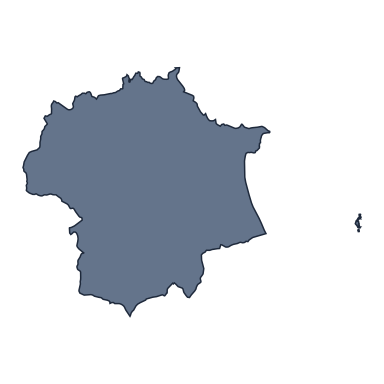 the district of Cam Lam, Khánh Hòa, Vietnam
{"feature_id": "81297802B15274858883665", "entity_name": "Cam Lam", "entity_type": "district", "adm_level": 2, "iso_a3": "VNM", "parent_name": "Vietnam", "parent_adm1": "Khánh Hòa", "projection": "albers", "projection_center": [109.135, 12.074], "detail": "fine", "context": "isolated", "style": "filled", "palette": "slate", "viewbox_px": 384, "rotation_deg": 0, "n_neighbors": 0, "source": "geoboundaries", "source_scale": "gbopen_adm2", "svg_char_len": 5846}
<svg xmlns="http://www.w3.org/2000/svg" viewBox="0 0 384 384"><path d="M269.7,131.4L268.0,130.7L264.7,127.7L262.5,126.6L261.8,126.4L257.5,127.2L252.6,127.7L250.8,128.0L249.4,128.5L248.5,128.5L244.8,127.3L244.0,126.7L243.3,125.6L241.9,124.2L241.5,124.3L239.9,126.9L238.3,127.9L236.5,128.3L235.5,128.4L234.6,128.2L227.4,125.2L226.3,125.0L224.9,125.4L224.6,125.2L224.0,124.2L223.7,124.0L221.7,124.5L220.3,126.2L217.5,124.7L216.4,123.8L216.1,123.3L215.5,119.5L213.6,120.7L212.1,120.9L210.4,120.8L209.5,120.6L207.8,118.7L206.5,116.1L205.6,113.6L204.1,115.1L203.3,115.0L200.6,112.0L197.4,106.2L197.2,104.5L196.9,103.6L195.7,102.4L193.2,100.8L193.9,97.9L193.6,96.2L192.3,95.3L183.6,91.8L184.5,90.6L184.7,90.1L184.2,88.4L182.7,86.1L177.5,79.5L176.8,77.9L176.5,76.5L176.5,75.3L176.8,74.4L178.5,72.4L178.9,71.3L179.5,67.7L175.4,67.9L175.9,68.5L174.9,69.7L173.9,70.2L172.4,71.3L170.4,72.0L169.1,72.7L168.4,74.5L168.2,75.5L168.5,78.1L168.3,78.7L167.9,79.1L166.6,79.3L163.8,79.2L162.4,78.7L160.3,77.0L159.4,76.6L157.7,76.5L156.4,77.6L155.5,79.7L153.7,81.2L153.0,82.9L152.0,83.5L150.4,83.3L149.1,82.3L147.7,82.4L146.6,81.7L145.3,81.5L144.8,81.0L144.1,79.5L142.4,78.9L141.3,77.0L140.2,76.2L139.9,75.8L140.0,73.5L139.8,72.4L138.3,71.9L137.7,73.3L135.8,73.2L134.8,75.4L133.8,76.7L132.4,79.2L131.9,79.7L131.3,79.2L131.0,79.2L130.5,79.7L130.0,81.9L129.7,82.1L129.2,82.1L128.9,81.5L128.9,80.5L129.3,79.1L129.3,78.5L128.6,77.2L128.5,76.1L127.0,74.7L126.7,75.7L126.0,76.6L123.9,77.7L122.7,78.1L122.5,78.7L123.7,83.9L123.0,84.4L122.8,88.5L122.6,88.8L120.6,88.9L120.2,89.6L119.4,90.5L117.6,91.1L115.6,92.5L113.7,92.8L111.8,93.5L110.6,93.5L104.2,94.8L100.5,95.1L98.5,95.7L96.5,99.1L94.9,97.6L94.0,97.1L91.9,96.5L90.7,93.2L90.2,92.4L89.4,91.8L89.0,91.8L87.1,92.3L86.4,93.2L85.8,93.7L84.5,93.2L82.4,93.2L80.8,94.6L78.7,95.7L77.2,96.8L76.4,96.4L75.6,96.2L75.1,96.7L74.9,97.4L74.5,100.0L72.7,103.7L73.4,106.6L73.3,107.3L73.0,107.9L72.3,108.7L71.0,109.5L69.4,109.8L68.4,109.7L67.6,109.4L58.2,102.7L56.9,103.0L56.5,102.8L55.5,101.6L53.7,101.0L53.0,102.5L51.9,103.9L51.5,104.8L51.3,106.0L51.6,108.9L51.5,113.5L51.1,114.0L49.3,114.8L47.3,116.3L45.3,115.9L44.0,118.3L47.3,123.8L47.3,124.1L44.9,126.5L44.3,128.7L43.6,129.8L42.1,131.4L41.9,134.0L40.7,136.4L40.7,139.0L40.0,142.3L40.0,145.3L39.8,147.1L39.3,147.8L37.0,149.9L31.7,151.4L29.3,152.5L27.5,155.3L24.2,161.9L23.5,165.8L23.0,167.6L23.7,169.0L23.9,170.9L24.1,171.4L25.8,172.7L26.5,174.2L27.1,179.6L26.8,181.6L27.4,182.9L27.2,183.7L26.3,185.3L26.7,188.0L26.5,189.7L26.3,190.2L26.8,191.0L28.9,192.7L30.3,193.4L32.9,194.4L34.9,194.4L35.6,193.9L36.4,193.9L38.0,195.0L39.3,195.5L41.1,195.9L42.3,195.8L44.3,194.8L46.8,195.0L50.0,194.0L51.3,194.1L52.9,194.7L54.1,194.8L56.0,194.8L58.4,196.7L60.8,198.3L61.6,199.7L61.9,201.2L66.9,203.8L67.9,204.6L68.5,205.3L70.0,208.1L70.8,208.6L72.4,208.2L73.4,208.4L74.1,209.1L75.6,211.7L78.9,216.2L80.0,217.2L81.6,217.6L81.9,218.0L82.2,220.0L81.9,220.3L74.5,225.9L71.2,227.5L69.5,227.8L69.4,228.1L69.7,233.0L70.8,234.5L72.3,233.4L73.3,232.3L73.9,232.0L75.3,232.1L76.2,232.7L76.9,233.9L77.7,235.8L78.1,238.7L77.8,241.2L76.9,245.5L77.0,246.2L77.5,247.2L78.9,248.9L83.7,252.9L83.0,253.4L82.1,253.4L81.4,253.9L80.8,255.1L80.1,257.0L78.1,260.2L77.9,261.0L78.0,263.9L77.8,264.8L77.1,266.0L76.9,266.9L77.5,269.0L77.9,269.6L79.9,270.9L80.6,272.0L80.7,277.9L80.6,279.7L80.2,281.6L80.4,284.0L79.0,290.2L79.0,291.1L79.9,293.1L83.7,294.9L84.2,295.1L91.0,294.6L92.6,295.0L94.5,296.2L98.8,297.3L101.3,297.7L103.1,299.3L107.3,300.2L109.0,300.9L109.8,301.7L110.0,303.4L111.7,302.6L113.3,302.5L113.7,302.7L114.4,303.4L114.9,303.6L118.8,303.6L119.8,303.7L121.1,304.2L122.4,304.9L123.8,306.1L124.5,307.2L125.8,310.0L130.0,316.3L130.4,315.5L131.1,313.1L132.4,311.2L133.6,310.2L135.9,306.0L137.6,304.2L140.3,302.6L145.6,300.1L146.3,299.0L152.7,297.2L156.7,296.6L161.6,295.0L162.5,294.8L164.3,295.8L164.7,295.8L165.9,294.4L166.5,293.2L167.1,293.0L167.2,289.9L167.6,288.6L168.4,287.7L172.7,283.2L173.4,283.9L174.3,282.9L175.9,284.2L178.1,286.6L182.2,288.1L182.7,288.6L183.1,289.4L183.7,291.9L184.2,292.9L186.3,295.8L187.5,297.2L189.5,297.5L191.3,294.9L194.7,291.0L195.9,289.1L196.4,287.1L197.4,285.0L198.2,284.1L200.0,282.9L200.9,282.0L200.9,281.1L200.4,279.4L200.3,278.4L200.6,277.4L202.9,274.2L203.1,273.6L203.8,268.6L201.6,260.2L201.4,254.9L202.7,253.4L205.1,252.1L206.4,250.3L209.8,250.3L212.1,249.5L217.2,248.7L219.6,248.5L220.8,244.7L221.9,244.9L225.6,247.0L227.0,247.1L228.6,246.8L231.3,245.2L233.6,244.3L237.4,243.5L239.8,242.4L240.6,242.3L242.8,242.8L244.7,242.4L246.0,241.3L247.9,241.6L249.2,239.9L252.7,237.5L266.0,233.6L264.3,230.3L261.4,223.4L259.1,218.4L253.1,207.0L251.5,203.0L249.1,195.0L245.7,182.3L244.8,177.3L244.5,161.2L244.7,159.5L245.3,156.0L245.9,153.9L246.3,153.2L248.0,152.4L249.6,152.6L251.1,152.3L253.9,152.9L255.0,152.7L255.3,152.4L255.7,151.1L257.0,150.5L259.4,148.0L259.5,146.4L259.2,146.1L259.5,144.8L259.4,143.9L260.0,143.0L260.5,142.7L260.4,140.2L260.9,138.1L261.3,137.0L261.4,136.1L261.8,135.3L263.2,133.6L264.2,133.3L267.9,132.7L269.4,132.7L269.8,132.2L269.7,131.4ZM359.5,217.1L359.3,216.8L359.1,217.3L358.1,218.1L357.2,219.8L356.2,220.8L355.3,223.7L356.1,224.7L356.5,225.0L356.6,225.3L357.4,226.3L357.8,227.4L358.3,227.8L359.2,228.0L360.1,227.8L360.1,227.3L360.5,227.0L359.5,226.8L358.8,226.5L357.9,226.5L358.0,226.1L359.0,226.1L359.3,225.4L359.1,225.2L359.1,223.9L358.6,223.9L358.9,223.3L358.6,222.5L358.7,222.3L358.5,222.1L358.6,221.7L358.5,221.1L358.3,220.9L357.7,221.1L358.0,220.6L357.7,220.1L357.8,219.8L358.5,219.3L359.9,218.8L360.4,218.8L360.0,218.4L360.6,218.0L360.6,217.7L360.4,217.6L361.0,217.4L361.0,217.0L360.4,216.8L359.5,217.1ZM359.7,216.3L360.3,215.7L360.6,214.6L360.5,214.3L360.0,214.2L359.1,214.4L359.2,215.9L359.7,216.3ZM359.0,229.7L358.3,229.7L357.8,230.1L358.3,231.6L359.2,231.5L359.1,230.1L359.0,229.7Z" fill="#64748b" stroke="#1e293b" stroke-width="1.5"/></svg>